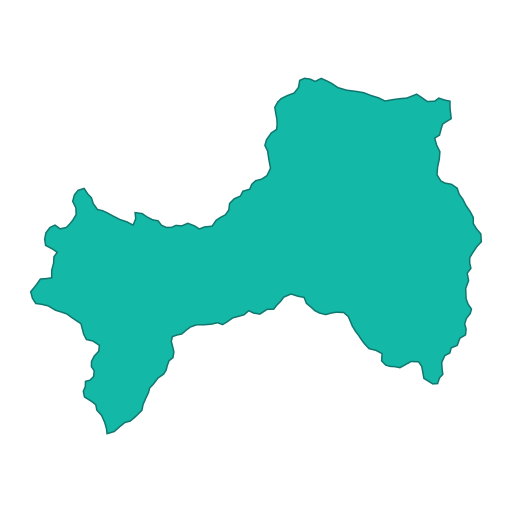 Carangola, Minas Gerais, Brazil (Mercator projection)
{"feature_id": "56859067B57356362865245", "entity_name": "Carangola", "entity_type": "district", "adm_level": 2, "iso_a3": "BRA", "parent_name": "Brazil", "parent_adm1": "Minas Gerais", "projection": "mercator", "projection_center": [-42.102, -20.708], "detail": "fine", "context": "isolated", "style": "filled", "palette": "teal", "viewbox_px": 512, "rotation_deg": 0, "n_neighbors": 0, "source": "geoboundaries", "source_scale": "gbopen_adm2", "svg_char_len": 3254}
<svg xmlns="http://www.w3.org/2000/svg" viewBox="0 0 512 512"><path d="M480.8,233.9L476.4,228.7L473.3,223.6L473.3,217.5L470.2,211.6L465.8,205.2L462.8,199.2L459.2,194.3L457.2,188.2L451.5,184.3L445.0,183.1L440.9,181.0L437.0,174.8L437.6,167.1L439.3,159.2L439.9,151.7L436.6,145.1L434.7,138.1L439.5,135.1L440.9,129.7L442.6,124.1L446.5,121.5L451.2,118.7L450.6,113.3L450.0,107.8L450.0,101.2L445.1,100.2L438.8,98.1L434.7,101.2L427.3,101.5L421.5,97.4L416.6,94.2L411.4,96.3L406.8,98.1L400.5,98.6L393.1,99.6L385.0,101.0L378.5,97.8L370.9,95.5L363.7,92.7L356.2,91.4L346.7,90.2L337.9,87.6L332.3,83.8L327.4,81.2L321.3,78.4L315.1,81.4L310.2,79.1L304.5,78.3L299.7,80.4L298.5,87.4L294.2,93.0L287.5,95.5L281.2,98.6L277.8,101.9L274.8,107.4L275.7,113.0L276.9,119.2L277.1,124.6L276.6,129.4L271.4,132.8L266.5,139.7L264.9,145.4L267.6,151.0L268.8,159.2L270.5,168.2L267.0,175.6L261.5,179.2L255.6,180.7L251.7,184.4L249.8,189.2L242.9,191.2L240.4,196.1L234.3,198.7L229.6,203.4L228.8,210.0L225.3,214.9L220.5,217.4L216.2,220.2L212.1,226.2L204.6,226.9L199.3,229.0L194.6,225.9L187.8,223.3L181.7,225.9L175.9,225.4L171.7,227.4L166.2,227.4L161.4,225.2L158.1,220.8L152.6,219.8L146.9,216.9L142.2,213.6L135.1,212.6L135.7,218.8L133.1,225.1L126.8,221.8L119.8,219.5L113.2,216.1L107.1,212.8L102.8,210.8L97.5,209.5L93.2,203.6L91.5,197.9L87.7,193.9L84.1,188.4L78.1,190.3L74.4,194.9L72.7,201.3L75.9,207.9L76.1,214.6L72.8,220.2L69.9,223.8L66.3,227.5L60.1,228.8L55.0,225.1L50.0,227.5L45.9,232.8L44.7,239.2L45.6,245.4L52.1,248.8L57.2,252.3L54.0,256.7L53.6,263.1L51.7,270.3L51.7,277.8L46.3,278.6L40.4,279.0L35.8,285.5L30.7,291.7L32.4,298.2L35.8,303.5L41.6,304.3L48.3,305.9L55.4,310.2L61.8,312.2L67.0,314.0L71.1,317.1L76.4,320.7L80.9,323.6L82.2,328.4L83.6,334.0L86.4,339.5L92.8,341.0L99.4,345.3L98.7,351.3L94.2,356.1L91.5,361.5L91.4,366.7L94.2,370.7L93.6,376.6L89.8,380.3L85.5,381.3L85.3,386.7L83.3,391.3L84.5,397.0L91.1,401.1L95.8,404.7L96.8,410.1L101.6,415.4L104.7,422.4L106.4,428.3L107.1,433.7L114.3,431.5L120.4,426.1L124.9,422.5L130.2,421.1L135.4,416.7L141.9,410.3L143.1,404.4L145.8,398.2L148.4,392.8L149.7,387.9L153.2,384.3L158.1,377.9L163.5,374.3L166.2,370.0L167.3,365.4L169.1,360.7L172.9,357.7L173.9,352.0L172.5,346.1L171.3,341.3L172.4,336.6L177.4,334.9L181.7,334.0L186.4,330.0L190.6,326.9L196.7,324.8L203.9,324.8L211.6,324.1L217.6,322.7L222.6,324.6L227.2,321.8L232.7,317.9L238.7,316.3L244.0,314.8L248.8,310.7L253.4,313.0L259.9,314.1L267.0,309.4L273.8,309.1L276.6,305.3L280.3,301.7L283.8,297.1L291.0,294.0L298.2,296.3L304.1,297.4L306.4,303.3L311.3,307.4L314.9,310.7L319.4,313.0L325.7,314.6L331.5,313.0L336.2,312.2L343.7,312.5L348.2,316.4L350.1,320.7L352.2,325.8L355.6,331.5L358.6,335.3L361.1,339.2L364.5,343.8L369.1,348.7L375.8,350.3L382.1,353.6L381.6,360.8L385.7,365.1L390.2,366.4L395.1,366.7L399.9,367.7L404.6,365.1L411.1,361.5L418.6,361.8L421.7,366.4L422.7,371.6L423.9,378.4L428.9,381.5L432.8,383.9L437.6,383.6L439.5,377.9L442.8,374.3L442.1,369.0L441.7,362.5L444.8,355.6L449.8,353.0L451.2,347.9L457.2,345.4L459.9,338.2L465.5,334.9L466.1,329.2L464.7,323.8L466.4,318.4L470.2,313.6L471.5,309.1L468.0,304.0L466.1,298.7L465.7,288.4L468.6,280.6L467.2,273.2L470.9,268.3L469.7,263.1L469.7,257.8L472.9,252.4L477.0,246.4L481.3,241.8L480.8,233.9Z" fill="#14b8a6" stroke="#0f766e" stroke-width="1.5"/></svg>